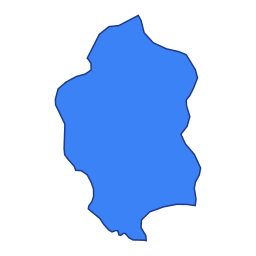 SVG path tracing the border of Bam
{"feature_id": "BFA-2811", "entity_name": "Bam", "entity_type": "Province", "adm_level": 1, "iso_a3": "BFA", "parent_name": "Burkina Faso", "parent_adm1": "", "projection": "orthographic", "projection_center": [-1.569, 13.448], "detail": "fine", "context": "isolated", "style": "filled", "palette": "blue", "viewbox_px": 256, "rotation_deg": 0, "n_neighbors": 0, "source": "natural_earth", "source_scale": "10m", "svg_char_len": 1004}
<svg xmlns="http://www.w3.org/2000/svg" viewBox="0 0 256 256"><path d="M112.0,231.9L108.7,229.9L104.1,224.8L99.8,218.4L90.0,210.4L88.3,208.8L88.8,205.9L91.9,201.6L93.6,196.5L93.5,189.0L91.3,182.5L87.3,174.9L81.3,170.7L75.7,170.3L74.0,165.9L68.6,160.0L64.7,154.7L64.1,148.8L64.9,124.1L55.6,104.8L55.4,99.3L58.1,88.9L66.5,81.8L76.2,76.6L85.3,74.0L91.1,70.1L91.0,63.4L88.6,59.7L87.2,58.3L99.3,34.4L109.0,26.6L118.8,25.6L138.3,15.4L141.1,20.7L144.1,32.7L153.2,42.8L166.4,48.8L178.8,51.7L185.9,54.5L186.9,55.9L195.3,69.6L197.5,77.9L193.3,88.6L189.7,95.7L186.3,99.8L186.5,105.7L189.8,116.7L187.1,126.3L180.9,134.2L185.4,144.0L194.3,154.4L200.6,168.0L199.3,174.9L195.3,182.3L194.3,188.4L196.0,199.1L195.2,205.6L186.8,204.4L176.7,204.3L163.4,206.9L149.6,211.9L141.5,219.9L141.0,227.5L145.8,235.7L146.2,240.6L144.0,240.2L133.0,239.9L129.1,237.9L125.2,233.4L123.4,233.4L122.1,234.5L120.5,235.3L119.0,234.9L118.4,232.7L117.6,230.6L115.6,230.6L112.0,231.9Z" fill="#3b82f6" stroke="#1e3a8a" stroke-width="1.5"/></svg>